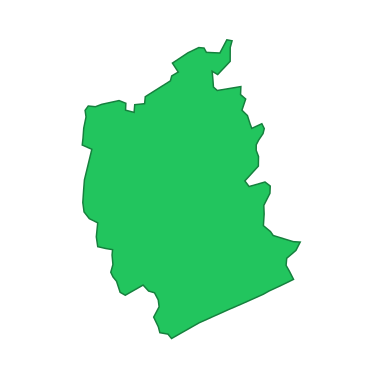 the district of Pato Bragado, Paraná, Brazil, rotated 238°
{"feature_id": "56859067B45682714407991", "entity_name": "Pato Bragado", "entity_type": "district", "adm_level": 2, "iso_a3": "BRA", "parent_name": "Brazil", "parent_adm1": "Paraná", "projection": "natural_earth1", "projection_center": [-54.242, -24.639], "detail": "fine", "context": "isolated", "style": "filled", "palette": "green", "viewbox_px": 384, "rotation_deg": 238, "n_neighbors": 0, "source": "geoboundaries", "source_scale": "gbopen_adm2", "svg_char_len": 1357}
<svg xmlns="http://www.w3.org/2000/svg" viewBox="0 0 384 384"><g transform="rotate(238 192 192)"><path d="M307.7,278.5L310.9,274.3L312.2,262.3L311.7,243.7L301.0,243.9L301.2,236.3L297.7,232.6L297.6,202.9L292.0,198.6L296.4,189.7L290.2,185.1L296.6,179.0L302.3,182.9L308.2,178.6L314.2,161.9L315.5,155.3L319.9,149.6L317.9,144.6L311.8,141.9L303.5,134.0L295.4,128.1L290.0,123.8L281.3,129.7L259.3,107.2L251.6,101.5L240.9,93.8L232.3,89.9L223.8,90.8L215.8,95.7L204.7,87.1L195.6,83.1L189.8,88.9L185.2,94.1L180.9,90.8L172.4,86.5L167.0,80.6L161.8,80.0L156.3,80.7L145.0,77.9L139.8,80.7L139.0,101.2L131.0,102.7L126.4,106.8L118.4,106.2L112.1,103.3L106.2,93.2L95.5,92.0L89.7,90.2L84.2,96.3L78.6,97.0L78.3,104.6L77.3,128.7L73.0,160.2L70.7,175.3L67.5,198.3L67.2,205.0L65.4,219.5L64.1,231.8L73.0,232.6L79.9,232.9L85.6,237.2L87.4,249.2L92.2,257.2L96.2,251.6L103.2,245.5L112.1,237.8L116.8,237.6L125.6,234.7L135.1,241.5L142.6,245.8L149.6,257.4L155.6,261.5L161.8,259.2L166.4,243.3L173.4,242.7L178.8,262.0L186.8,267.2L193.3,268.5L198.0,271.5L200.8,276.2L203.9,283.2L207.5,286.9L212.9,287.4L214.3,276.4L219.2,277.4L227.4,279.5L234.9,277.7L242.4,286.8L248.9,284.8L255.5,289.3L264.7,267.2L269.6,265.8L275.9,269.1L283.7,273.1L278.0,276.0L282.6,293.6L294.3,301.0L299.0,306.1L302.6,302.2L295.1,289.3L302.8,278.2L307.7,278.5Z" fill="#22c55e" stroke="#15803d" stroke-width="1.5"/></g></svg>